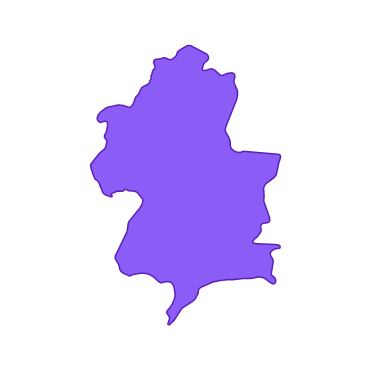 Beijing, Albers equal-area conic projection, rotated 128°
{"feature_id": "CHN-1155", "entity_name": "Beijing", "entity_type": "Municipality", "adm_level": 1, "iso_a3": "CHN", "parent_name": "China", "parent_adm1": "", "projection": "albers", "projection_center": [116.383, 40.244], "detail": "fine", "context": "isolated", "style": "filled", "palette": "violet", "viewbox_px": 384, "rotation_deg": 128, "n_neighbors": 0, "source": "natural_earth", "source_scale": "10m", "svg_char_len": 4551}
<svg xmlns="http://www.w3.org/2000/svg" viewBox="0 0 384 384"><g transform="rotate(128 192 192)"><path d="M296.6,189.4L298.1,195.3L298.4,197.9L298.3,198.9L298.0,199.9L297.5,201.0L297.0,201.8L294.8,204.3L294.5,204.8L294.0,205.8L292.6,209.5L292.0,210.7L291.5,211.6L291.0,212.1L290.4,212.6L288.9,213.3L283.2,214.4L263.1,218.8L256.2,222.8L255.1,223.2L254.2,223.5L235.9,223.2L231.9,224.0L229.5,225.1L228.5,225.9L227.8,226.9L227.5,228.8L226.3,233.2L226.2,234.1L226.1,235.0L226.2,235.9L226.7,237.4L227.7,239.4L229.8,242.4L230.2,243.5L230.5,245.5L230.8,246.1L231.5,246.4L233.2,246.8L233.9,247.1L234.5,247.6L235.4,248.9L236.4,249.9L237.6,251.4L237.9,251.8L238.5,252.1L240.0,252.7L240.7,253.1L241.8,254.1L242.4,254.3L243.4,254.3L243.8,253.4L244.5,252.4L245.0,252.3L245.4,252.7L245.8,253.3L246.1,254.0L247.6,258.7L247.7,259.8L247.5,261.1L246.9,262.9L245.9,264.2L245.0,265.8L244.9,266.2L242.1,271.0L241.6,271.9L241.5,272.5L241.3,274.2L241.4,275.0L241.6,276.1L239.3,280.5L235.3,286.3L234.2,287.6L233.7,288.0L232.1,288.9L218.4,288.8L212.7,287.6L211.2,287.5L210.0,287.6L205.4,289.7L204.7,290.2L204.0,291.0L203.7,291.5L203.4,292.1L203.0,294.3L202.3,295.1L201.1,295.9L197.1,296.5L191.4,299.6L190.3,300.4L189.6,301.2L189.3,302.0L189.2,302.8L189.4,303.6L189.7,304.1L189.9,304.3L190.1,304.4L193.0,306.5L193.5,307.0L193.8,307.7L193.9,308.6L193.8,309.5L193.6,310.4L193.1,311.4L191.8,312.4L190.2,313.1L187.5,313.4L184.7,313.2L178.8,311.5L176.7,310.3L168.7,303.6L165.9,299.0L164.2,293.6L163.1,293.1L162.4,292.7L161.3,292.5L158.4,292.7L152.4,294.7L151.6,294.8L148.9,294.4L148.0,294.4L141.7,295.8L140.8,295.8L139.7,295.6L134.7,293.3L133.3,292.9L132.5,292.9L131.7,293.1L130.2,293.6L128.0,293.9L127.6,294.1L127.1,294.5L126.2,295.5L125.8,295.7L125.3,295.9L124.6,296.0L123.1,296.5L121.0,297.5L120.2,297.6L117.3,297.6L116.6,297.8L116.0,298.2L115.5,298.8L114.3,301.0L113.9,301.6L113.3,302.1L112.7,302.5L112.0,302.7L111.2,302.8L110.3,302.5L109.3,301.8L107.0,299.3L105.6,298.2L104.2,297.4L103.3,296.6L102.9,295.9L102.4,294.8L101.9,292.4L101.7,291.5L101.2,290.7L100.1,289.7L99.2,289.2L95.3,288.4L94.4,288.4L93.5,288.5L91.3,289.4L90.6,289.6L89.6,289.5L87.8,289.1L80.4,286.2L79.6,285.8L78.8,285.1L78.3,284.4L77.8,283.7L77.3,282.2L74.4,266.2L74.3,265.9L74.2,265.3L74.4,264.5L74.9,263.1L75.4,262.2L76.0,261.6L77.4,261.0L78.1,260.8L78.9,260.8L81.6,261.5L83.2,261.7L85.0,261.3L89.1,259.5L89.4,258.6L89.0,257.5L87.5,255.9L83.1,252.8L82.4,251.2L82.0,249.9L82.0,248.8L82.4,242.2L82.4,241.6L82.3,241.1L82.1,240.5L81.6,239.9L76.7,237.1L73.6,234.0L73.2,233.1L73.1,232.6L73.0,232.0L73.1,231.3L73.4,230.5L74.1,229.7L76.0,228.6L76.5,228.3L77.2,228.1L78.5,227.4L79.7,226.4L80.4,225.6L83.7,219.3L84.4,218.5L85.5,217.4L87.5,215.9L91.2,213.9L119.2,205.7L122.2,204.4L123.3,203.3L124.3,201.7L126.4,196.5L127.7,194.3L129.2,192.6L132.5,189.8L133.6,187.7L133.8,184.4L133.1,181.6L132.1,179.7L131.0,178.3L130.1,177.6L128.3,176.6L128.1,176.3L109.1,147.1L108.8,146.3L108.8,145.5L109.1,144.6L109.8,143.8L111.5,143.0L115.0,141.8L126.0,136.5L127.5,136.1L128.4,136.1L130.5,136.3L139.7,138.8L141.1,138.9L143.4,138.5L144.9,137.9L145.9,137.1L151.6,132.0L154.1,130.6L154.9,129.9L155.3,129.4L164.2,115.5L166.3,113.3L167.4,113.0L168.4,113.0L169.1,113.3L169.8,113.7L170.4,114.2L172.5,116.3L173.1,116.7L173.8,117.1L174.6,117.3L175.5,117.3L176.3,117.0L177.1,116.5L177.9,115.8L179.0,114.5L179.6,114.0L180.2,113.6L180.9,113.3L183.5,113.0L187.2,113.0L190.8,113.8L191.9,113.9L193.1,113.7L194.0,113.2L194.5,112.6L194.1,111.3L193.0,109.3L181.2,92.7L180.4,91.0L180.5,89.6L180.6,89.0L182.2,88.3L186.2,91.9L188.2,92.6L190.6,93.0L192.4,92.5L193.3,91.5L193.8,90.7L194.9,87.7L195.6,86.4L197.3,84.9L208.1,79.0L208.4,78.4L208.5,77.7L208.6,74.6L209.0,73.2L210.0,71.7L211.0,71.0L212.0,70.6L212.8,70.6L213.9,70.9L214.6,71.7L215.0,73.1L215.3,80.5L215.6,83.0L215.8,83.4L216.5,85.0L216.8,85.6L217.7,86.8L219.8,88.9L223.3,91.8L227.1,96.3L227.9,97.5L228.4,98.1L236.2,106.1L239.4,110.2L244.6,115.5L250.2,120.2L261.6,126.3L263.3,126.8L265.0,126.6L266.4,125.9L268.3,124.7L273.9,123.7L274.9,123.7L277.8,124.2L289.8,128.4L304.1,127.1L310.7,128.1L311.0,129.7L305.2,131.9L304.4,133.3L303.6,134.9L303.3,136.4L302.3,138.0L300.9,138.4L296.3,138.2L292.7,138.5L287.5,139.9L284.9,141.0L283.0,142.3L277.8,147.8L276.9,149.4L276.4,151.1L276.2,152.3L276.2,152.9L276.3,153.4L276.7,154.3L277.7,156.0L279.2,157.8L280.8,159.1L281.9,159.8L282.6,160.4L282.8,161.0L283.1,162.2L283.1,164.2L282.6,169.0L282.7,170.2L283.0,173.6L283.4,175.2L284.2,177.4L285.7,180.0L286.6,181.2L288.6,183.4L293.6,187.9L296.6,189.4Z" fill="#8b5cf6" stroke="#5b21b6" stroke-width="1.5"/></g></svg>